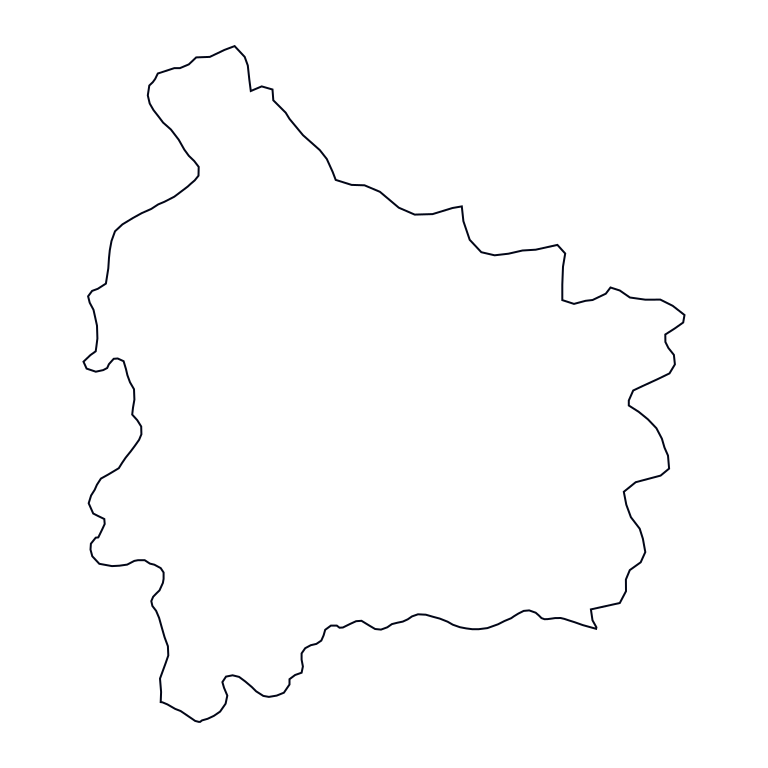 Mstsislaw, Mogilev, Belarus (Albers equal-area conic projection)
{"feature_id": "67162791B4778855273895", "entity_name": "Mstsislaw", "entity_type": "district", "adm_level": 2, "iso_a3": "BLR", "parent_name": "Belarus", "parent_adm1": "Mogilev", "projection": "albers", "projection_center": [31.478, 54.024], "detail": "fine", "context": "isolated", "style": "outline", "palette": "ink", "viewbox_px": 768, "rotation_deg": 0, "n_neighbors": 0, "source": "geoboundaries", "source_scale": "gbopen_adm2", "svg_char_len": 3598}
<svg xmlns="http://www.w3.org/2000/svg" viewBox="0 0 768 768"><path d="M596.1,628.8L596.4,627.3L592.5,620.3L590.9,609.4L619.8,603.0L626.0,591.2L625.9,579.5L629.8,570.1L640.7,562.3L645.3,552.1L642.9,538.8L639.7,528.7L630.9,517.2L626.3,504.7L623.8,491.8L635.7,482.2L660.6,475.6L669.1,468.6L668.0,455.6L664.5,447.6L661.9,438.7L656.4,428.2L647.9,419.3L638.8,411.9L628.8,405.5L628.8,400.5L633.2,390.5L642.7,386.0L657.1,379.4L669.5,373.4L674.9,364.4L673.9,354.9L668.4,348.0L665.4,342.0L665.3,334.5L674.7,328.5L683.2,322.5L684.5,315.0L672.7,305.8L660.3,299.6L645.5,299.7L629.9,297.5L619.8,290.5L610.5,287.5L605.8,293.7L592.6,300.0L585.6,300.8L574.0,303.9L562.3,300.1L562.3,284.6L563.0,266.7L565.2,253.5L557.4,244.9L535.7,249.7L522.5,250.5L508.5,253.7L494.6,255.3L481.3,252.2L469.7,239.8L463.4,221.2L461.8,206.4L452.5,208.0L432.6,214.1L414.7,214.6L398.8,207.7L379.9,191.8L364.5,185.3L351.6,184.9L335.7,179.9L332.7,172.0L326.8,159.0L319.8,150.1L303.0,135.2L289.5,118.9L285.7,112.7L273.3,100.3L272.5,89.5L261.7,86.4L250.8,91.0L249.3,79.4L247.8,65.5L244.7,56.9L234.6,46.1L224.5,49.9L209.8,56.9L196.2,57.4L188.8,64.4L180.0,68.1L174.4,68.1L157.8,73.5L155.2,78.9L152.8,82.2L149.3,85.5L147.8,95.4L149.7,103.5L153.5,110.1L158.9,117.0L163.1,122.6L170.9,129.5L178.7,139.7L184.3,149.6L188.8,155.8L194.2,161.0L198.7,166.9L198.5,175.7L194.7,180.4L190.6,183.9L187.8,186.5L181.2,191.5L174.3,196.7L164.4,201.8L158.2,204.4L151.3,208.9L141.8,213.1L133.1,217.9L122.4,224.4L115.0,231.3L111.5,241.0L109.8,250.2L109.0,257.8L108.3,268.4L105.9,283.6L97.8,288.8L92.1,290.9L88.1,296.3L89.7,302.7L93.5,309.8L95.3,317.9L97.0,325.7L97.4,338.5L96.4,346.4L95.7,351.3L90.4,355.1L83.5,361.7L86.6,368.6L95.8,371.7L103.2,370.1L107.2,368.0L108.9,364.2L113.7,358.8L117.7,358.5L123.6,361.2L126.0,369.2L127.4,375.2L130.0,382.3L134.0,389.2L134.4,399.6L133.0,407.7L132.2,414.6L137.2,420.1L141.2,426.5L141.4,434.3L139.1,439.8L134.8,445.9L130.7,451.4L125.7,457.6L121.9,463.2L118.8,468.2L112.8,471.8L108.1,474.6L100.9,478.6L96.9,484.8L94.7,489.8L91.1,495.5L88.7,503.2L88.7,503.3L93.2,513.5L97.9,515.9L104.3,519.0L104.7,524.0L102.1,529.6L98.3,537.4L95.7,537.7L90.9,543.7L90.5,549.6L92.3,556.3L99.3,563.8L112.0,566.1L119.4,565.7L127.2,564.6L134.3,560.9L138.0,560.2L144.7,560.2L149.9,563.6L154.4,564.7L160.7,568.1L163.6,572.5L163.6,578.9L162.9,582.9L159.5,590.4L156.5,593.3L153.2,596.7L151.3,601.1L152.4,606.0L156.1,610.8L159.1,617.9L161.7,627.2L164.6,637.3L167.9,646.2L168.3,655.5L165.7,663.0L162.7,671.2L160.0,678.6L161.1,692.0L160.7,702.1L162.4,702.3L167.4,704.4L175.2,708.9L180.6,711.0L186.5,715.0L192.4,719.0L195.1,720.9L198.9,721.9L200.1,721.9L202.0,720.4L207.6,718.8L213.8,715.9L220.1,711.6L225.6,703.7L227.3,695.6L224.0,687.7L222.4,682.1L226.0,676.6L232.6,675.3L239.1,676.9L245.3,681.5L251.9,687.1L256.1,691.3L263.3,695.9L268.9,696.9L276.7,695.6L283.9,692.7L289.5,684.5L289.5,679.2L295.1,675.0L301.6,672.7L302.9,666.5L301.6,659.6L301.6,653.4L305.2,648.2L310.8,645.2L316.4,643.9L321.3,640.6L323.6,635.4L325.2,629.8L327.8,627.9L330.9,625.6L336.8,625.6L339.5,627.7L342.9,627.5L350.4,623.8L356.1,621.2L361.5,620.8L369.7,625.8L375.1,629.0L381.0,629.6L387.3,627.3L391.9,624.1L397.5,622.7L402.8,621.6L407.8,619.3L412.0,616.4L418.0,614.3L425.8,614.7L432.7,616.7L439.8,618.6L447.6,621.7L452.8,624.7L459.9,627.2L466.2,628.4L472.3,629.2L478.6,629.2L487.4,628.1L498.0,624.3L504.5,621.0L511.2,618.2L513.9,616.3L518.3,613.6L523.7,610.9L529.2,610.4L535.7,612.7L538.8,615.4L541.5,618.1L544.5,619.2L547.6,619.1L552.2,618.5L554.9,618.1L560.6,618.0L564.4,618.9L568.6,620.3L574.6,622.2L582.8,625.1L596.1,628.8Z" fill="none" stroke="#020617" stroke-width="2"/></svg>